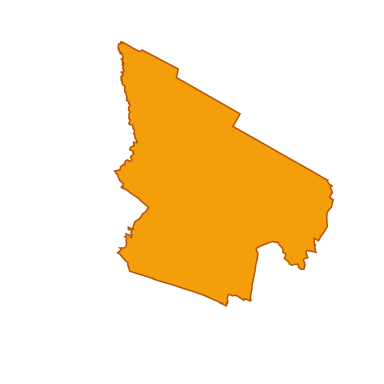 outline of Gaviezes pag., Grobinas, Latvia, rotated 210°
{"feature_id": "27541924B56767178281632", "entity_name": "Gaviezes pag.", "entity_type": "district", "adm_level": 2, "iso_a3": "LVA", "parent_name": "Latvia", "parent_adm1": "Grobinas", "projection": "natural_earth1", "projection_center": [21.351, 56.477], "detail": "fine", "context": "isolated", "style": "filled", "palette": "amber", "viewbox_px": 384, "rotation_deg": 210, "n_neighbors": 0, "source": "geoboundaries", "source_scale": "gbopen_adm2", "svg_char_len": 5966}
<svg xmlns="http://www.w3.org/2000/svg" viewBox="0 0 384 384"><g transform="rotate(210 192 192)"><path d="M229.6,129.6L228.5,127.7L225.0,128.7L225.0,128.4L223.8,125.0L222.4,125.1L221.8,122.1L223.0,122.3L224.2,123.4L228.2,122.7L227.4,121.4L227.1,120.6L227.2,119.9L227.5,119.7L225.8,119.4L224.2,116.0L223.3,115.6L222.3,113.1L222.2,111.9L222.4,109.9L226.5,107.4L225.8,107.3L224.4,106.6L226.1,102.1L225.1,102.2L223.2,102.0L216.9,99.7L215.3,99.2L213.8,99.1L212.4,99.2L211.6,97.5L209.8,95.5L208.3,94.3L207.0,92.9L206.2,92.3L197.5,94.2L192.5,95.4L182.3,97.6L182.3,97.4L177.9,98.1L175.3,98.9L171.2,99.7L164.8,101.4L150.9,104.2L145.6,105.5L138.6,107.0L138.6,106.9L132.4,108.1L127.2,108.8L120.2,109.5L113.9,110.3L113.0,110.3L112.6,109.9L112.0,109.9L111.2,110.1L111.2,110.5L110.5,110.6L110.1,110.8L109.7,110.8L109.6,110.3L110.2,110.3L110.4,110.1L105.3,110.6L106.2,112.8L106.6,113.1L105.6,113.2L106.4,115.5L108.0,117.1L108.3,117.7L108.6,118.8L109.1,121.1L108.4,122.0L105.8,122.2L104.3,122.8L102.7,124.4L97.7,124.5L93.1,124.0L93.1,125.5L91.0,126.2L87.5,126.7L88.1,127.5L88.1,127.8L87.0,127.8L89.2,130.7L89.4,131.8L91.2,136.7L91.8,138.2L93.9,142.5L94.3,144.5L95.2,146.9L97.1,152.7L98.2,155.8L100.4,160.9L101.8,166.0L104.1,171.8L107.8,174.4L108.0,175.0L107.3,176.7L106.2,178.7L98.0,189.0L97.6,189.3L93.6,190.6L92.9,191.0L91.7,191.1L89.9,189.8L86.2,188.8L84.4,187.3L83.2,185.4L83.0,185.2L80.2,185.3L79.9,185.2L78.9,182.6L78.9,180.7L72.7,179.7L71.8,178.4L69.2,178.5L68.5,178.9L68.2,179.6L67.4,180.3L64.5,182.1L64.3,182.4L63.6,182.5L63.6,182.1L62.4,181.0L62.1,180.1L59.1,179.6L56.5,180.9L56.7,182.0L57.2,183.1L57.2,183.5L56.9,184.0L58.1,185.3L59.0,186.6L58.9,186.6L61.6,188.9L61.5,190.3L60.4,191.5L58.8,193.1L63.4,196.8L63.2,198.8L56.1,201.4L54.5,201.7L59.4,207.1L58.4,207.5L58.4,207.8L59.9,208.4L60.8,209.2L63.1,213.0L58.0,213.1L58.3,217.2L57.8,221.2L57.5,228.2L57.6,229.4L57.8,230.1L58.1,230.7L60.0,233.2L63.2,238.5L64.0,240.3L64.3,241.1L64.6,242.8L64.6,243.6L64.5,244.5L63.9,247.2L63.8,248.5L64.0,249.7L65.9,255.9L68.5,255.9L68.5,256.1L70.1,256.0L70.3,261.4L70.1,261.7L74.7,265.5L74.6,266.4L74.3,266.8L73.7,267.0L73.9,267.3L75.3,267.3L76.8,267.4L76.8,267.5L77.6,267.7L78.8,268.2L79.8,268.8L80.3,270.1L80.5,269.8L80.9,270.0L88.4,269.9L88.9,270.0L189.3,269.3L189.4,283.7L262.8,283.3L265.4,291.7L286.0,290.8L293.9,290.6L306.2,290.0L307.2,287.5L312.5,287.1L326.6,287.1L327.2,287.0L327.0,286.4L327.0,286.2L327.5,286.0L328.2,286.5L328.7,286.4L328.6,286.0L328.4,285.6L327.7,285.5L327.5,285.4L327.6,285.2L328.6,284.7L329.4,283.8L329.5,283.4L329.3,283.0L329.2,282.2L328.7,281.4L328.4,281.1L328.2,280.1L328.1,279.9L327.3,279.6L327.6,279.4L327.6,279.2L326.5,278.4L326.4,278.2L325.6,278.1L325.4,277.5L325.2,277.4L324.0,277.4L323.7,277.1L323.8,276.4L323.5,276.0L322.9,276.0L322.5,276.6L322.3,277.2L322.1,277.2L321.9,277.1L321.6,276.6L320.7,275.5L318.7,273.5L318.8,273.4L318.7,273.1L319.1,272.8L319.2,272.6L318.5,272.6L318.4,272.3L319.1,271.8L318.6,271.8L317.9,271.4L317.8,270.8L318.0,270.7L317.7,270.1L317.3,270.0L317.1,270.2L316.7,270.2L315.7,269.6L315.5,269.2L315.8,269.1L316.0,269.2L316.3,269.0L316.1,268.8L316.1,268.6L316.3,268.4L316.4,267.9L316.0,267.9L315.8,268.1L315.4,268.3L315.1,268.1L314.5,267.1L315.0,266.9L315.1,266.7L314.8,266.2L314.5,265.9L313.9,265.2L313.8,264.8L313.5,264.6L313.6,264.4L313.3,264.3L312.9,264.6L312.6,264.5L312.5,264.4L312.6,264.0L311.6,263.1L311.5,262.8L311.6,262.6L312.0,262.2L311.4,261.5L311.5,261.0L311.7,260.9L312.5,260.6L313.2,260.6L313.3,260.4L313.0,260.3L312.0,260.2L311.1,259.7L310.4,259.2L310.5,258.8L310.4,258.7L311.0,257.9L310.5,257.5L310.5,257.4L310.7,256.9L310.9,256.7L310.9,256.4L310.8,256.1L311.0,255.8L310.9,255.6L309.9,255.4L309.4,254.8L309.3,254.6L309.7,254.2L309.2,253.8L309.4,253.6L309.4,253.4L308.5,253.3L308.0,252.9L307.9,252.7L307.5,252.5L307.4,252.2L307.5,251.9L306.5,251.0L304.9,250.1L304.6,250.4L304.4,250.5L303.2,250.0L302.9,249.8L300.3,245.0L298.5,244.7L298.2,244.0L296.9,242.7L296.3,242.2L295.6,241.5L295.4,240.3L294.8,238.9L293.5,238.3L292.7,238.4L292.1,238.7L291.9,238.6L291.6,238.3L291.1,237.0L290.9,236.8L290.0,236.8L289.2,236.3L289.0,235.7L289.2,234.6L289.2,234.3L288.8,233.0L288.3,231.8L287.5,231.0L286.2,230.6L285.9,230.4L285.7,228.4L285.3,228.0L283.7,224.5L283.4,224.1L283.0,223.9L282.1,223.7L281.6,223.2L280.8,219.6L280.7,219.5L280.1,219.4L279.6,219.1L279.4,219.2L278.5,219.9L278.1,220.1L277.2,220.1L276.7,219.9L275.8,218.6L274.9,217.6L274.4,217.3L273.3,217.3L272.6,216.7L272.3,215.8L271.8,214.9L271.7,213.7L271.7,213.3L271.6,213.1L271.2,212.9L270.7,213.0L270.3,212.8L269.7,212.2L269.1,211.0L268.6,210.4L266.8,209.6L264.3,207.6L264.2,207.5L264.8,207.1L266.5,206.3L267.4,206.1L267.6,205.8L265.9,203.6L265.7,203.2L265.4,203.0L265.3,202.7L265.7,202.2L267.0,201.2L267.3,200.8L267.5,199.9L267.4,198.8L267.2,198.2L267.3,198.0L267.0,197.5L266.7,197.4L264.1,197.7L263.6,197.6L263.2,197.5L263.1,196.8L262.8,196.4L262.1,196.4L261.6,196.1L261.6,195.7L262.0,194.1L262.2,193.6L262.4,192.5L262.7,192.2L262.8,191.9L262.1,191.0L260.7,190.1L260.5,189.7L260.0,189.2L260.0,188.9L260.2,188.6L261.0,187.9L261.5,187.5L262.4,187.3L263.6,187.6L264.0,187.4L264.4,187.0L264.8,186.4L265.1,185.2L265.1,184.4L265.0,184.2L264.3,183.6L263.8,182.2L264.1,181.9L265.3,181.6L265.3,181.0L265.0,180.5L265.0,180.3L265.3,180.1L266.0,179.3L266.5,178.0L266.2,177.5L266.0,176.6L265.5,176.3L265.6,175.0L265.9,174.8L266.4,174.7L266.8,174.3L267.2,173.5L267.4,173.2L268.4,172.5L268.6,172.4L269.5,171.5L264.5,169.2L261.7,166.9L260.8,166.2L259.7,165.6L258.7,165.4L257.3,165.4L256.0,164.9L255.1,163.9L254.7,162.7L254.4,162.3L254.4,161.9L255.6,161.8L255.5,160.6L254.9,160.7L254.6,160.5L253.1,160.8L249.8,161.1L247.4,160.9L245.5,160.4L236.9,159.9L236.2,160.0L231.5,158.6L223.4,157.3L221.7,156.7L222.1,155.1L222.3,154.2L222.1,153.6L221.8,153.3L222.3,152.5L222.4,150.7L223.5,149.2L223.9,148.4L223.9,145.0L224.0,143.0L224.6,141.6L225.6,139.9L226.6,137.7L226.0,134.7L225.8,132.9L225.3,131.8L224.1,130.5L229.6,129.6Z" fill="#f59e0b" stroke="#b45309" stroke-width="1.5"/></g></svg>